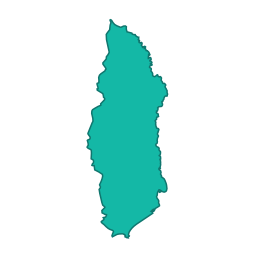 Aiguá, Maldonado, Uruguay (orthographic projection), rotated 355°
{"feature_id": "84410073B87742847582616", "entity_name": "Aiguá", "entity_type": "district", "adm_level": 2, "iso_a3": "URY", "parent_name": "Uruguay", "parent_adm1": "Maldonado", "projection": "orthographic", "projection_center": [-54.554, -34.619], "detail": "fine", "context": "isolated", "style": "filled", "palette": "teal", "viewbox_px": 256, "rotation_deg": 355, "n_neighbors": 0, "source": "geoboundaries", "source_scale": "gbopen_adm2", "svg_char_len": 5861}
<svg xmlns="http://www.w3.org/2000/svg" viewBox="0 0 256 256"><g transform="rotate(355 128 128)"><path d="M100.6,86.4L100.7,87.7L105.0,90.8L106.0,91.8L106.3,93.9L106.3,95.2L107.0,95.9L107.4,97.0L106.9,98.0L102.9,101.5L102.9,103.0L100.1,103.9L96.6,105.5L94.3,106.7L93.5,107.9L93.1,110.3L93.8,115.4L93.7,118.3L92.8,119.6L87.6,129.9L87.8,130.9L88.7,132.3L89.5,133.9L89.3,135.3L88.5,136.0L87.3,136.2L86.4,136.8L86.9,139.4L86.9,141.8L85.9,142.8L85.6,143.7L86.6,144.8L88.8,146.1L89.5,147.0L89.4,149.9L88.6,155.5L90.4,156.7L90.8,157.7L90.7,158.9L90.2,160.0L89.3,160.8L88.8,162.1L89.8,162.5L91.0,162.5L91.2,166.8L95.3,169.4L98.4,171.9L98.6,173.6L97.8,176.2L96.7,178.6L94.7,182.2L95.4,184.2L95.1,185.4L93.9,186.6L94.2,190.8L95.5,200.0L96.1,202.6L98.0,204.6L98.0,205.2L94.8,207.9L94.8,210.3L96.3,211.2L97.5,212.1L98.6,212.3L99.1,212.6L98.7,213.6L97.9,214.8L95.5,215.1L95.7,215.6L96.2,216.1L96.0,217.1L93.6,218.6L93.1,219.2L93.9,220.5L95.6,222.0L97.6,224.4L99.5,226.3L101.1,227.4L103.6,228.6L104.2,229.1L104.5,230.0L103.4,232.1L102.6,234.0L103.0,235.0L106.6,233.5L108.0,233.0L109.9,232.8L113.2,232.9L114.3,233.3L114.6,233.6L114.9,233.6L115.5,234.1L115.6,234.4L115.9,234.6L116.0,234.9L116.0,235.2L115.7,235.3L115.8,235.6L115.6,235.8L115.6,236.2L116.3,236.5L116.7,236.7L117.1,237.1L118.4,237.4L118.3,237.2L118.3,236.9L118.6,236.6L119.1,236.4L119.7,236.5L119.4,236.4L119.3,236.0L119.8,235.9L119.9,235.6L119.6,235.4L119.3,235.1L119.2,234.2L119.3,233.8L119.9,232.1L121.3,230.1L123.2,228.1L125.4,226.3L128.0,224.6L145.2,215.1L144.9,214.5L144.9,214.1L144.7,213.7L143.8,213.0L144.3,212.8L144.8,212.1L146.2,211.2L146.8,211.1L146.9,211.3L146.9,211.6L146.2,212.1L145.7,212.9L146.2,213.3L146.6,213.0L147.6,211.7L147.8,211.0L148.5,210.4L151.9,208.7L152.6,208.2L152.6,207.4L152.5,206.8L152.0,205.6L152.0,204.9L152.3,203.4L151.9,202.2L150.8,200.5L150.6,199.4L150.5,198.6L151.2,197.6L151.6,195.5L151.9,194.7L152.3,193.9L153.5,192.4L153.8,191.6L153.3,193.3L153.4,194.1L153.8,194.8L155.0,194.5L155.2,193.9L155.1,193.0L155.7,193.4L156.3,194.1L157.7,194.8L158.7,195.0L160.0,194.6L160.8,193.9L161.5,191.8L161.4,188.1L161.1,186.4L160.2,183.3L159.5,181.7L158.7,181.1L158.3,180.5L157.3,179.9L157.0,179.6L157.2,179.0L157.1,178.2L157.0,177.8L156.5,177.2L156.4,176.8L156.5,176.3L156.8,175.9L157.0,175.4L156.9,174.4L156.9,173.9L156.6,173.3L155.8,172.7L155.2,171.8L155.2,171.3L155.4,170.8L155.8,170.7L155.9,170.9L155.9,171.4L156.2,171.4L156.5,171.3L156.8,170.8L156.6,170.5L156.4,170.5L156.2,170.1L156.7,169.4L157.1,168.3L157.4,166.8L157.2,166.3L157.5,165.6L157.4,165.0L157.5,164.7L157.5,164.0L157.5,163.3L157.1,162.4L157.1,161.9L157.4,161.7L157.8,161.7L157.9,160.1L157.8,159.1L156.7,158.3L156.7,158.1L157.3,157.9L158.0,156.8L158.3,154.8L158.2,154.2L157.9,154.0L157.0,152.5L157.0,152.1L157.2,151.3L157.1,150.6L156.4,149.8L155.7,149.5L154.7,148.7L154.2,147.5L154.3,146.7L155.7,145.6L155.8,145.2L156.1,144.1L155.9,142.9L156.1,142.5L156.2,141.7L156.6,140.4L157.5,139.0L157.6,138.5L157.4,137.9L157.2,137.7L156.9,137.1L156.8,136.6L156.9,136.2L157.2,135.3L157.5,135.1L157.6,134.2L157.9,134.0L158.0,133.6L158.2,133.4L158.2,133.1L158.6,132.4L158.6,132.1L158.2,131.3L157.8,131.1L157.1,131.0L156.7,130.8L156.7,130.5L156.4,130.2L156.4,129.6L156.0,128.8L155.9,128.4L156.0,128.1L155.9,127.5L156.0,127.3L155.8,126.9L155.9,126.1L156.2,125.1L156.0,124.6L156.1,124.2L155.8,123.8L155.7,123.1L156.0,122.9L156.2,122.4L157.1,122.0L157.2,121.6L157.3,120.7L157.4,120.1L157.6,119.7L158.7,119.6L159.1,119.1L159.4,119.0L159.2,118.6L159.3,118.3L159.2,117.9L159.3,116.8L158.7,116.1L158.1,116.0L157.6,115.1L157.8,114.4L158.0,114.1L157.9,113.7L158.8,113.6L159.4,112.1L159.6,111.3L159.3,110.7L159.3,110.4L159.7,110.2L160.1,109.8L160.5,109.5L163.3,109.4L163.8,109.0L164.3,108.2L164.5,107.2L164.4,106.8L164.1,106.4L164.2,105.8L164.1,105.5L164.2,105.3L164.1,104.9L164.1,104.7L165.1,104.3L165.5,103.1L166.1,102.7L166.2,102.2L166.6,101.0L167.3,99.9L168.2,99.4L168.6,99.4L169.1,99.6L169.8,99.5L170.0,98.5L170.4,97.7L170.0,96.1L170.2,94.2L169.5,92.7L169.4,92.1L168.9,91.3L168.6,90.5L168.6,89.6L169.3,88.7L169.3,88.2L168.3,86.8L166.9,86.7L166.4,86.1L166.4,85.5L165.2,83.4L165.7,81.1L165.2,80.1L164.5,79.6L163.8,79.9L162.6,79.2L162.4,78.9L162.3,78.0L162.0,77.6L161.2,77.8L160.6,78.4L159.1,79.2L158.1,78.8L157.1,78.0L157.3,76.2L157.2,75.6L156.7,74.4L155.8,73.3L156.3,71.6L156.3,70.9L156.0,70.4L155.0,69.8L154.7,69.3L155.0,68.4L155.2,68.2L155.8,67.9L157.2,67.5L157.5,67.2L157.3,66.8L156.3,66.5L155.9,66.3L155.8,66.1L156.0,65.9L156.9,65.6L157.5,65.1L157.5,64.7L157.3,64.2L156.8,64.0L156.6,63.3L155.7,63.2L155.6,62.9L155.7,62.5L157.0,61.7L156.9,60.9L157.0,60.5L156.7,60.0L156.2,59.7L155.5,59.8L154.9,60.1L154.5,60.5L154.3,60.5L154.4,59.6L154.4,59.0L154.6,58.4L155.0,57.8L154.8,57.2L154.9,56.7L155.1,56.5L155.5,56.6L155.9,57.2L156.1,57.1L156.2,56.9L155.9,56.6L156.0,56.4L155.9,55.9L155.3,54.3L154.9,53.7L154.2,53.1L154.0,52.7L152.9,52.5L152.8,52.2L152.6,51.2L152.0,50.1L151.3,50.2L151.4,49.7L151.6,49.4L152.4,49.1L152.6,48.8L152.5,48.6L151.8,48.1L151.4,48.1L150.1,48.7L149.9,49.1L149.5,49.0L149.5,48.9L149.6,48.1L148.7,47.2L148.5,46.9L148.6,46.4L149.4,45.5L149.2,44.2L148.7,43.9L148.2,44.0L147.7,44.4L147.4,44.1L146.6,43.8L146.5,43.4L146.7,42.9L146.5,42.5L147.0,42.3L147.1,42.0L146.9,41.6L146.3,41.3L145.9,40.8L146.4,40.1L146.6,38.5L145.7,38.4L145.0,37.8L144.2,37.4L144.0,36.8L143.5,36.4L143.3,35.6L142.1,35.5L140.5,34.9L140.1,33.8L135.4,32.1L134.9,29.4L135.2,26.9L134.2,26.1L132.4,26.1L129.9,27.0L129.1,26.9L125.8,25.2L123.7,23.7L122.1,21.5L121.5,20.1L120.9,19.2L120.2,18.6L119.5,18.9L119.7,19.8L120.2,21.5L119.2,24.0L118.3,28.5L116.0,31.0L114.5,32.9L114.3,38.2L115.9,50.9L114.5,53.2L112.7,55.1L112.3,57.4L108.7,60.9L108.6,62.2L111.0,66.3L111.3,67.3L110.6,67.9L109.9,69.2L105.6,71.7L104.2,72.9L103.2,75.1L103.2,78.0L102.9,80.3L101.1,80.9L101.0,81.9L101.7,85.4L101.6,86.3L100.6,86.4Z" fill="#14b8a6" stroke="#0f766e" stroke-width="1.5"/></g></svg>